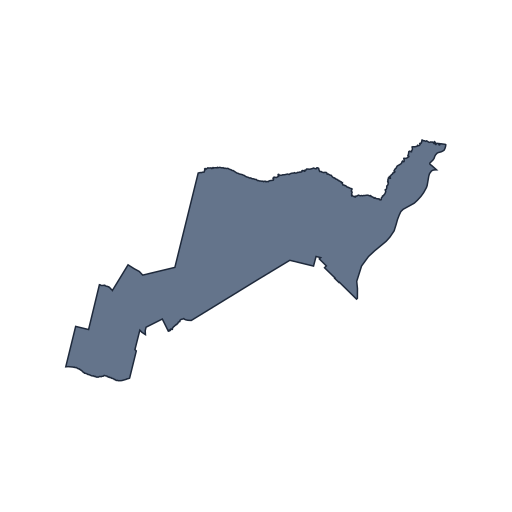 San Lorenzo, Santa Fe, Argentina (orthographic projection), rotated 47°
{"feature_id": "61730980B18182396698532", "entity_name": "San Lorenzo", "entity_type": "district", "adm_level": 2, "iso_a3": "ARG", "parent_name": "Argentina", "parent_adm1": "Santa Fe", "projection": "orthographic", "projection_center": [-60.967, -32.936], "detail": "fine", "context": "isolated", "style": "filled", "palette": "slate", "viewbox_px": 512, "rotation_deg": 47, "n_neighbors": 0, "source": "geoboundaries", "source_scale": "gbopen_adm2", "svg_char_len": 6065}
<svg xmlns="http://www.w3.org/2000/svg" viewBox="0 0 512 512"><g transform="rotate(47 256 256)"><path d="M316.1,65.2L309.7,65.8L307.6,66.2L307.0,66.0L306.6,65.5L306.5,61.1L306.1,59.3L304.9,57.0L304.5,55.7L304.3,53.4L304.7,52.1L306.1,49.5L306.6,47.9L306.9,46.3L306.2,44.4L305.2,42.7L304.1,41.3L303.5,41.4L299.8,44.4L299.7,45.1L300.0,45.9L299.7,46.3L299.3,46.3L299.1,46.0L299.3,45.1L299.0,45.1L296.8,47.0L296.6,47.6L297.2,48.3L297.1,48.5L296.6,48.5L295.2,47.5L294.2,47.4L294.2,48.0L295.4,48.9L295.3,49.1L293.2,49.0L292.9,49.6L291.8,50.3L291.4,51.4L290.8,52.0L288.3,52.6L288.1,52.7L287.9,53.7L286.6,54.2L285.7,55.1L284.9,55.1L284.4,55.5L286.0,57.8L286.1,58.3L285.5,59.0L285.4,59.5L286.4,59.9L286.5,61.1L286.3,61.8L285.2,62.3L285.6,63.4L284.4,65.4L283.0,66.8L282.7,67.5L284.3,68.5L284.8,69.1L285.2,70.5L285.8,71.2L285.5,71.6L284.2,72.0L283.9,72.8L283.9,73.1L285.7,75.3L286.0,76.3L286.4,76.6L287.3,76.2L287.6,76.6L287.1,79.5L285.4,81.2L285.6,81.6L286.7,82.0L287.9,83.3L287.6,83.9L286.5,84.1L286.6,84.8L287.3,86.1L287.4,87.5L286.5,91.3L286.9,92.7L287.3,93.5L287.2,94.9L287.9,97.1L288.1,97.2L288.9,96.9L289.3,97.4L289.2,98.1L288.6,99.4L289.1,100.1L288.9,101.7L289.3,103.3L288.9,104.1L290.4,104.4L290.8,104.7L290.5,105.2L289.2,105.6L289.2,106.0L289.6,106.4L290.4,107.9L291.2,108.2L291.4,109.0L291.8,109.2L292.3,109.0L292.5,109.1L293.5,110.4L294.0,111.3L294.0,112.6L294.4,113.1L294.9,113.4L295.7,114.5L296.1,115.5L295.7,116.3L296.4,116.8L297.2,117.0L297.7,117.7L298.5,119.6L298.5,120.7L298.8,121.3L298.8,121.7L298.4,122.4L298.4,122.7L298.9,123.3L299.1,124.9L300.2,125.9L300.1,126.5L299.0,127.3L298.2,127.0L296.6,128.5L295.6,129.1L294.6,129.2L294.6,129.9L294.2,130.2L293.5,130.0L292.4,130.6L291.7,130.7L291.0,131.3L290.2,130.9L289.9,131.0L289.5,131.9L288.1,132.5L287.3,133.2L285.8,135.4L285.2,135.9L284.6,137.1L283.7,137.6L283.1,138.7L281.3,139.6L280.9,141.5L280.3,142.0L280.7,143.0L280.5,143.4L279.5,143.4L279.0,144.1L277.8,144.3L277.4,145.0L277.0,144.9L276.4,143.9L275.8,143.8L275.5,143.3L275.2,142.5L274.3,142.0L273.8,142.1L273.4,141.9L272.7,140.3L272.2,140.0L270.6,141.0L269.3,141.4L268.9,141.8L268.3,141.8L267.9,142.3L265.6,142.5L265.0,143.1L264.2,143.2L263.3,144.0L262.4,143.5L261.5,143.4L261.2,142.8L260.5,143.5L259.8,143.1L258.9,143.6L258.3,143.6L257.7,144.1L257.0,143.9L256.2,144.5L255.1,144.5L254.5,145.1L253.9,145.0L253.0,145.4L252.5,145.2L252.1,145.7L251.3,146.0L249.9,146.2L248.4,145.9L247.6,146.5L246.0,147.1L245.5,147.1L244.7,148.1L243.7,147.6L242.5,147.8L241.8,148.8L241.4,149.0L241.1,149.7L239.3,150.7L238.7,150.7L237.6,151.8L235.1,150.8L234.7,150.4L233.6,150.7L233.0,151.3L233.2,152.6L231.7,153.6L231.0,153.8L230.2,155.7L229.2,157.5L227.0,159.5L226.9,159.9L227.2,160.6L226.6,161.8L227.2,162.1L227.3,162.4L227.2,162.7L225.9,163.1L225.1,163.8L225.0,164.3L225.5,164.7L225.6,165.0L225.1,166.3L224.5,166.5L224.3,167.3L223.1,168.7L223.1,169.5L222.4,170.6L222.0,170.9L221.4,170.9L220.8,172.3L220.0,173.1L219.1,174.9L219.1,175.8L219.0,176.2L217.6,177.0L216.1,179.6L214.7,181.3L214.5,182.0L214.1,182.6L212.8,183.8L211.8,183.7L211.5,184.0L211.5,184.3L212.1,184.8L213.1,185.1L212.5,187.6L210.6,189.0L210.7,190.5L211.7,190.5L211.8,191.2L212.2,191.4L212.3,191.8L210.4,194.4L209.9,195.7L210.0,196.4L208.9,197.2L208.6,198.1L207.6,198.2L207.2,198.7L206.9,199.7L205.9,199.9L205.5,200.7L204.6,201.2L203.6,202.2L202.3,202.9L201.8,203.5L200.2,203.6L199.1,204.7L198.2,204.9L196.7,206.2L195.3,206.6L194.5,207.6L193.4,207.9L191.6,209.0L190.1,209.5L189.3,209.5L188.6,210.0L187.0,210.6L184.6,212.3L183.5,212.6L182.3,213.4L178.0,214.4L177.1,215.2L175.9,215.4L174.6,216.2L172.7,216.8L171.8,218.0L170.7,218.7L170.4,219.3L169.9,219.4L169.6,219.8L169.0,219.8L168.4,220.8L166.5,222.0L165.6,223.5L164.9,223.7L164.9,224.5L164.4,224.7L162.8,226.7L162.2,227.0L162.6,227.7L162.5,227.9L161.7,228.0L161.6,228.9L160.8,228.9L159.4,230.7L158.7,231.0L158.4,233.3L158.1,233.5L157.5,233.4L157.3,233.6L157.3,234.2L158.4,234.9L158.5,235.6L159.1,236.3L159.2,236.9L158.1,238.1L158.0,238.8L156.9,239.9L155.9,241.7L209.0,323.1L192.7,351.9L187.7,351.9L182.4,353.7L175.2,355.6L183.3,384.6L182.2,384.4L181.1,384.7L180.6,384.5L178.1,384.7L178.0,385.0L176.8,385.4L176.2,386.0L174.9,386.6L174.3,386.5L173.9,386.9L173.9,387.2L173.3,387.7L173.2,388.0L171.8,389.5L171.1,389.5L170.2,390.1L195.6,428.6L184.5,435.9L207.3,470.7L208.8,468.8L212.5,465.5L213.5,464.9L213.6,464.5L214.1,464.4L214.9,463.8L215.0,463.5L217.0,463.0L218.0,462.3L218.4,462.4L218.6,462.1L219.7,462.1L220.5,461.7L223.3,461.6L224.1,461.2L224.7,461.4L225.8,460.5L227.2,459.9L227.9,459.8L228.4,459.3L229.2,459.0L229.3,458.7L231.2,458.1L232.3,457.3L232.8,456.6L233.7,456.5L233.7,456.3L234.7,455.5L235.1,455.6L236.1,455.0L236.8,454.1L237.0,454.0L237.6,452.3L238.7,451.6L238.9,450.7L239.7,449.8L239.7,448.7L240.0,448.3L240.4,448.2L242.2,446.9L242.8,447.0L243.3,446.6L243.7,446.6L244.3,446.3L244.5,445.9L245.1,445.9L246.0,445.0L246.5,445.1L247.4,444.7L248.0,444.2L249.0,443.8L249.7,443.9L250.3,443.3L251.7,443.1L252.4,442.2L253.3,441.8L253.6,441.3L254.3,440.7L255.6,439.1L257.7,435.0L257.9,434.0L258.2,433.8L259.1,431.9L259.1,431.7L243.8,408.3L241.9,408.4L231.0,391.5L233.9,391.5L238.1,390.5L235.1,388.0L233.1,385.0L238.2,367.5L251.2,371.4L251.4,371.0L251.0,370.7L250.9,369.9L251.4,369.9L251.8,370.1L252.0,369.4L251.8,368.7L251.4,368.2L251.8,367.9L251.9,367.4L252.3,367.5L252.6,367.2L251.8,366.2L251.5,364.3L251.7,363.9L251.6,362.5L251.8,361.7L251.6,361.3L252.0,360.8L251.8,360.3L252.0,359.8L251.9,358.9L251.4,358.0L252.0,356.4L251.2,355.6L251.3,354.0L252.3,352.3L252.5,351.5L253.3,351.5L254.6,351.0L256.5,349.7L259.0,347.3L274.7,269.9L282.2,234.2L302.6,220.8L297.3,212.4L301.3,209.8L301.3,211.7L311.2,211.3L311.3,213.9L326.0,213.2L326.0,213.7L332.0,213.4L332.0,212.9L356.1,211.9L356.1,210.7L349.0,204.0L343.2,199.6L335.3,185.6L333.1,174.1L333.1,165.7L334.0,150.8L333.5,145.2L331.8,137.8L328.5,132.0L325.8,127.6L323.7,123.3L322.3,119.8L322.2,116.5L325.3,104.1L325.3,99.9L324.9,94.8L324.0,90.2L322.2,84.7L321.2,82.8L315.3,75.0L314.1,72.9L313.5,69.7L313.7,68.7L314.0,67.9L314.8,66.7L316.1,65.2Z" fill="#64748b" stroke="#1e293b" stroke-width="1.5"/></g></svg>